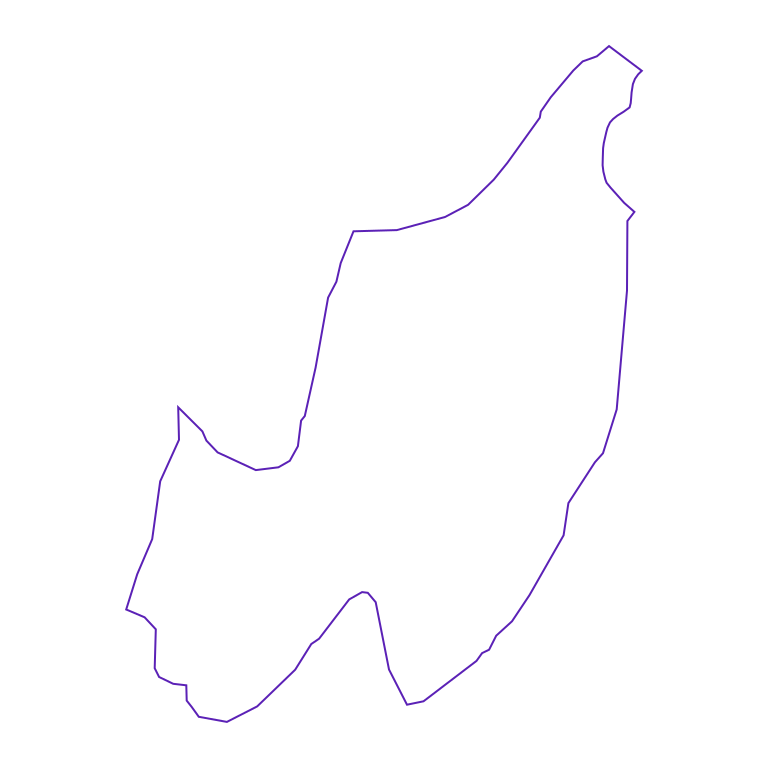 the district of San Juan La Laguna, Sololá, Guatemala
{"feature_id": "79465075B17327710580812", "entity_name": "San Juan La Laguna", "entity_type": "district", "adm_level": 2, "iso_a3": "GTM", "parent_name": "Guatemala", "parent_adm1": "Sololá", "projection": "natural_earth1", "projection_center": [-91.312, 14.674], "detail": "fine", "context": "isolated", "style": "outline", "palette": "violet", "viewbox_px": 768, "rotation_deg": 0, "n_neighbors": 0, "source": "geoboundaries", "source_scale": "gbopen_adm2", "svg_char_len": 1208}
<svg xmlns="http://www.w3.org/2000/svg" viewBox="0 0 768 768"><path d="M407.0,704.7L423.5,701.3L476.5,660.9L482.1,653.1L489.1,649.7L496.2,635.7L512.0,621.3L529.5,595.1L563.6,535.3L568.4,503.1L594.9,462.3L603.0,453.2L616.7,409.4L627.0,290.6L627.4,221.0L634.4,211.9L624.1,202.8L610.6,187.7L606.6,182.8L605.3,179.3L603.4,171.7L602.6,165.2L602.8,157.2L603.1,148.2L603.8,143.1L606.3,132.1L607.5,127.7L610.0,122.4L613.1,119.0L617.4,115.6L623.7,111.7L629.6,107.4L630.7,103.2L631.1,98.8L631.6,92.4L632.9,84.1L635.0,78.8L638.2,74.3L641.8,70.8L609.0,46.1L596.9,56.3L582.7,61.4L573.3,70.5L550.8,97.2L540.8,111.6L539.8,117.7L507.4,162.8L493.8,179.6L468.1,204.8L445.0,217.0L396.8,230.1L353.5,231.3L340.7,263.1L336.4,281.7L328.1,297.6L315.6,367.6L304.8,416.0L301.1,420.6L297.9,446.2L289.8,460.8L278.4,467.3L255.8,470.1L217.6,452.4L206.4,440.6L202.4,431.4L178.2,407.3L179.0,439.8L160.2,481.3L152.2,539.1L137.2,574.3L126.2,609.5L144.6,617.3L155.8,629.3L154.7,668.2L159.1,677.0L173.2,683.8L186.3,685.3L186.7,700.6L191.6,706.8L198.8,716.8L226.9,721.9L257.2,706.4L295.2,669.7L311.3,644.0L319.1,638.7L349.2,599.4L362.1,592.1L367.8,592.8L375.7,602.2L389.0,669.5L407.0,704.7Z" fill="none" stroke="#5b21b6" stroke-width="2"/></svg>